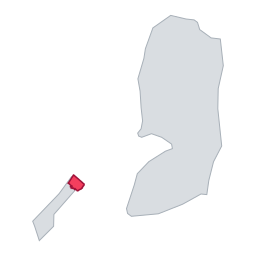 North Gaza, Gaza Strip, Palestine (highlighted)
{"feature_id": "87354302B69236118899353", "entity_name": "North Gaza", "entity_type": "district", "adm_level": 2, "iso_a3": "PSE", "parent_name": "Palestine", "parent_adm1": "Gaza Strip", "projection": "natural_earth1", "projection_center": [34.487, 31.548], "detail": "fine", "context": "in_parent", "style": "filled", "palette": "rose", "viewbox_px": 256, "rotation_deg": 0, "n_neighbors": 0, "source": "geoboundaries", "source_scale": "gbopen_adm2", "svg_char_len": 2827}
<svg xmlns="http://www.w3.org/2000/svg" viewBox="0 0 256 256"><path d="M220.3,39.0L223.3,65.7L218.2,88.6L217.8,108.7L221.7,146.0L213.5,161.8L208.8,180.5L206.8,194.6L201.0,194.0L182.6,204.2L158.3,213.8L131.4,216.3L127.6,213.5L126.5,208.6L134.3,184.9L137.3,173.7L148.9,161.6L165.4,151.2L172.4,148.6L171.6,144.1L161.7,137.3L151.5,133.7L141.7,137.3L138.7,136.1L137.7,133.1L141.1,128.8L142.6,120.9L141.1,107.6L140.1,91.3L137.9,78.8L143.9,58.4L145.4,48.7L152.9,27.9L170.7,15.4L186.0,19.0L194.1,19.9L197.5,22.4L199.7,29.6L211.1,37.9L220.3,39.0ZM71.5,176.7L78.0,184.0L78.2,186.7L53.9,214.4L53.6,226.3L39.3,240.6L34.7,226.4L32.7,221.2L59.0,193.8L71.5,176.7Z" fill="#d9dde1" stroke="#a8b0b8" stroke-width="1"/><path d="M77.4,190.8L77.6,190.8L77.9,190.7L78.1,190.7L78.3,190.6L78.6,190.2L78.8,190.1L79.0,190.0L79.1,189.9L79.5,189.7L79.9,189.5L80.0,189.4L80.5,189.2L80.8,189.1L81.0,189.0L81.3,188.9L81.5,188.6L81.7,188.3L81.8,188.3L82.0,188.2L82.3,188.0L82.3,187.9L82.3,187.7L82.3,187.3L82.4,187.2L82.6,187.1L82.8,186.9L82.9,186.7L82.9,186.4L83.0,186.4L83.2,186.1L83.4,186.0L83.5,185.9L83.7,185.6L83.8,185.5L83.9,185.3L84.0,185.2L84.0,184.8L84.1,184.6L84.1,184.4L84.1,184.2L84.0,183.9L83.7,183.7L83.4,183.5L83.2,183.3L82.9,183.1L82.7,183.0L82.6,182.9L82.5,182.7L82.4,182.7L82.1,182.4L82.0,182.2L81.9,182.1L81.4,181.7L81.2,181.5L81.0,181.3L80.9,181.3L80.8,181.2L80.6,181.0L80.2,180.7L79.9,180.4L79.5,180.1L79.2,179.8L78.9,179.5L78.5,179.1L78.1,178.8L77.8,178.6L77.4,178.2L77.0,177.9L76.6,177.5L76.2,177.2L75.8,176.8L75.5,176.6L75.2,176.3L74.7,175.9L74.4,175.6L74.0,175.3L73.8,175.1L73.5,175.0L73.3,175.2L73.1,175.6L72.9,175.9L72.9,176.0L72.4,176.7L72.3,176.9L72.2,177.0L72.0,177.4L71.9,177.6L71.7,177.8L71.5,178.1L71.4,178.3L71.3,178.5L71.0,179.0L70.7,179.4L70.3,180.1L70.2,180.2L70.2,180.3L69.8,180.8L69.7,181.0L69.5,181.3L69.3,181.6L69.0,182.0L68.9,182.1L68.8,182.3L68.7,182.5L68.5,182.8L68.4,182.9L68.3,183.0L68.2,183.1L68.4,183.2L68.5,183.3L68.8,183.5L69.0,183.7L69.3,183.8L69.4,184.0L69.5,184.0L69.8,184.4L70.2,184.8L70.6,185.1L70.9,185.4L71.1,185.6L71.3,185.7L71.4,185.8L71.5,185.8L71.4,186.0L71.5,186.1L71.4,186.1L71.5,186.2L71.4,186.3L71.2,186.4L70.9,186.4L70.9,186.5L70.7,186.5L70.4,186.7L70.4,186.8L70.5,186.9L70.8,187.0L71.0,187.2L71.1,187.3L71.1,187.2L71.2,187.3L71.3,187.4L71.3,187.5L71.4,187.4L71.5,187.4L71.6,187.5L71.8,187.6L72.0,187.7L71.8,187.9L72.0,188.0L71.9,188.1L72.0,188.3L72.2,188.2L72.3,188.2L72.5,188.1L72.7,188.3L72.8,188.2L73.0,188.1L73.3,188.1L73.4,188.3L73.6,188.4L73.7,188.5L73.8,188.6L73.9,188.8L74.1,188.9L74.3,189.1L74.4,189.3L74.6,189.5L74.7,189.4L74.8,189.3L74.9,189.1L75.0,189.0L75.0,188.9L75.1,188.7L75.3,188.9L75.3,189.0L75.5,189.1L75.7,189.3L75.8,189.4L76.1,189.6L76.2,189.8L76.3,189.8L76.6,190.0L76.8,190.2L77.1,190.5L77.4,190.7L77.4,190.8Z" fill="#f43f5e" stroke="#9f1239" stroke-width="1.5"/></svg>